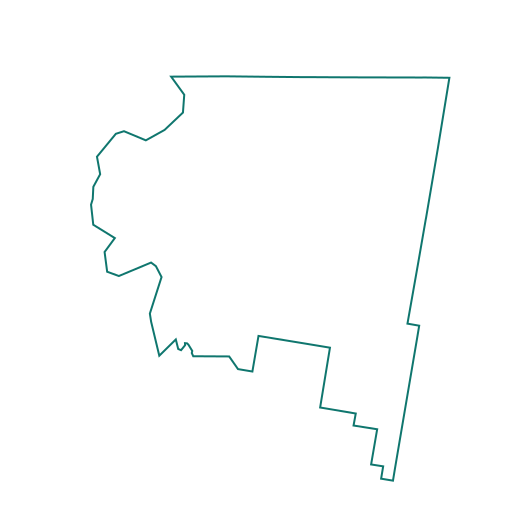 outline of Crawford, Arkansas, United States of America, rotated 98°
{"feature_id": "52423323B545411729976", "entity_name": "Crawford", "entity_type": "district", "adm_level": 2, "iso_a3": "USA", "parent_name": "United States of America", "parent_adm1": "Arkansas", "projection": "mercator", "projection_center": [-94.179, 35.559], "detail": "fine", "context": "isolated", "style": "outline", "palette": "teal", "viewbox_px": 512, "rotation_deg": 98, "n_neighbors": 0, "source": "geoboundaries", "source_scale": "gbopen_adm2", "svg_char_len": 957}
<svg xmlns="http://www.w3.org/2000/svg" viewBox="0 0 512 512"><g transform="rotate(98 256 256)"><path d="M411.6,87.8L314.4,85.0L302.3,84.7L301.9,96.6L242.5,94.5L196.1,93.0L194.4,92.9L124.1,90.9L52.6,89.3L55.8,114.3L56.2,116.8L66.3,189.9L71.3,227.0L71.9,231.2L72.1,232.6L72.6,236.4L77.2,271.6L81.9,308.0L81.9,308.3L90.2,365.0L106.3,349.5L124.1,348.3L143.9,364.1L156.8,381.2L150.8,404.1L154.5,411.8L179.8,427.3L196.7,421.7L210.1,426.7L222.3,425.6L228.1,426.5L247.7,421.5L257.9,398.3L273.1,406.5L292.3,401.2L294.9,389.0L277.1,359.0L280.0,353.7L290.0,346.6L327.8,353.1L335.7,350.7L368.2,337.9L349.8,323.8L358.9,320.1L359.7,317.1L354.2,313.8L352.2,314.2L352.1,312.1L353.2,310.6L358.9,305.9L361.0,306.1L364.0,304.2L359.2,268.6L370.5,258.1L370.9,243.5L334.8,242.4L335.9,194.2L336.5,170.0L397.1,171.4L398.1,135.3L410.3,135.8L410.7,111.9L446.4,113.0L446.6,100.8L459.1,101.1L459.4,89.1L446.8,88.8L411.6,87.8Z" fill="none" stroke="#0f766e" stroke-width="2"/></g></svg>